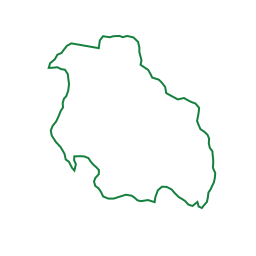 Sarutaiá, São Paulo, Brazil, rotated 345°
{"feature_id": "56859067B35433885833461", "entity_name": "Sarutaiá", "entity_type": "district", "adm_level": 2, "iso_a3": "BRA", "parent_name": "Brazil", "parent_adm1": "São Paulo", "projection": "orthographic", "projection_center": [-49.482, -23.259], "detail": "fine", "context": "isolated", "style": "outline", "palette": "green", "viewbox_px": 256, "rotation_deg": 345, "n_neighbors": 0, "source": "geoboundaries", "source_scale": "gbopen_adm2", "svg_char_len": 1607}
<svg xmlns="http://www.w3.org/2000/svg" viewBox="0 0 256 256"><g transform="rotate(345 128 128)"><path d="M178.6,224.4L181.7,222.1L185.1,219.8L187.2,215.7L189.0,211.1L191.7,208.9L194.3,205.7L197.0,202.6L198.9,198.8L200.6,194.1L199.7,188.4L201.5,183.2L202.3,179.5L202.8,175.9L203.5,172.3L201.9,168.4L202.1,163.7L203.6,159.2L203.1,155.4L201.1,151.8L197.7,147.9L197.0,143.5L196.5,139.1L199.0,134.1L200.5,130.7L201.9,126.9L199.5,121.8L195.8,119.2L192.7,116.4L189.8,113.5L183.5,113.3L177.6,107.7L174.0,104.2L174.5,97.9L172.4,92.9L170.3,89.3L164.4,85.5L163.8,82.0L162.5,77.1L156.5,70.2L158.5,66.2L158.6,61.7L158.6,57.6L159.8,53.3L160.0,47.4L156.7,41.9L151.1,38.9L146.4,38.9L143.7,36.9L137.8,35.6L133.8,35.6L127.7,32.9L123.5,36.0L120.4,43.3L95.2,31.6L90.3,32.8L86.0,36.0L83.1,38.4L78.8,38.9L75.1,42.7L69.5,45.3L67.0,49.4L71.3,50.4L75.5,51.0L78.6,53.8L82.2,55.4L83.8,60.5L82.9,66.4L82.4,70.4L79.9,76.5L76.6,81.3L73.7,83.1L71.3,87.2L70.5,91.4L67.6,93.9L63.7,99.1L60.2,103.2L55.9,106.3L52.7,110.5L52.4,115.7L54.7,122.8L57.9,128.9L60.0,136.4L59.7,142.3L62.2,145.3L63.6,152.0L65.2,155.2L68.3,149.5L67.6,145.3L68.8,141.5L74.7,142.9L78.3,144.1L81.9,146.7L83.4,151.1L85.0,154.4L87.3,157.8L89.0,161.1L87.8,165.1L83.5,167.8L81.3,171.0L81.4,175.5L84.0,178.7L85.4,183.0L86.3,187.8L90.8,191.1L95.8,192.5L104.0,192.1L108.6,191.9L114.0,194.3L116.3,197.0L118.5,200.4L121.6,202.0L128.7,202.8L134.5,206.5L136.6,201.8L140.7,195.9L145.6,193.5L150.1,194.9L154.2,198.6L156.3,203.0L159.2,207.9L162.0,210.7L164.4,213.5L166.5,217.6L170.1,220.0L175.9,217.4L175.9,222.1L178.6,224.4Z" fill="none" stroke="#15803d" stroke-width="2"/></g></svg>